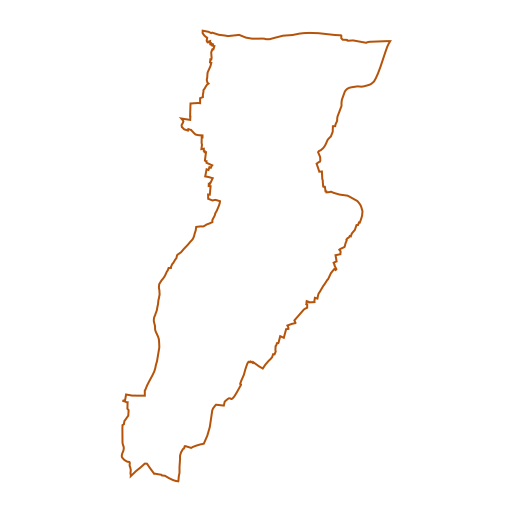 Bang Sai, Phra Nakhon Si Ayutthaya, Thailand (Robinson projection)
{"feature_id": "78962969B611560347556", "entity_name": "Bang Sai", "entity_type": "district", "adm_level": 2, "iso_a3": "THA", "parent_name": "Thailand", "parent_adm1": "Phra Nakhon Si Ayutthaya", "projection": "robinson", "projection_center": [100.288, 14.305], "detail": "fine", "context": "isolated", "style": "outline", "palette": "amber", "viewbox_px": 512, "rotation_deg": 0, "n_neighbors": 0, "source": "geoboundaries", "source_scale": "gbopen_adm2", "svg_char_len": 6007}
<svg xmlns="http://www.w3.org/2000/svg" viewBox="0 0 512 512"><path d="M126.1,394.5L125.1,400.0L123.3,400.6L123.3,401.1L124.5,401.3L127.0,402.4L127.6,402.3L127.4,408.7L128.6,410.2L128.3,415.6L124.4,421.1L123.9,424.2L122.5,425.1L122.4,428.8L122.5,442.6L122.8,444.3L123.7,447.0L123.8,448.4L123.4,450.7L122.4,453.1L122.0,454.3L121.8,455.5L121.8,456.4L121.9,457.0L122.2,457.6L123.5,459.1L124.4,460.0L127.1,461.6L127.8,461.8L129.2,461.9L129.6,462.3L129.8,463.2L129.6,465.1L129.7,465.9L130.3,467.7L130.8,470.0L130.5,472.8L130.5,473.7L130.9,474.9L130.8,476.1L136.1,471.0L140.6,467.4L144.8,463.6L147.0,463.7L149.7,467.7L154.2,473.8L154.6,473.6L155.2,473.7L160.2,474.6L161.2,474.7L161.4,474.8L162.0,475.5L164.8,475.7L169.1,478.2L173.1,480.1L175.9,481.0L178.3,481.3L178.4,481.0L178.8,476.3L179.5,472.8L179.5,466.9L180.1,458.4L180.0,457.8L180.1,455.4L181.0,452.5L181.4,451.7L182.9,449.2L183.5,448.5L183.9,448.5L184.4,447.6L184.7,446.2L185.1,446.1L186.0,446.3L191.2,447.9L192.7,447.0L196.1,445.7L200.0,444.5L203.8,443.7L207.3,435.7L209.8,427.0L212.1,411.5L212.1,410.9L213.0,408.5L214.7,406.2L216.0,404.7L223.8,405.6L224.7,401.7L225.7,400.7L228.0,398.8L229.0,398.3L229.9,398.3L231.3,399.0L231.7,399.0L232.9,398.1L234.4,396.3L236.8,392.4L241.0,384.8L241.0,384.5L240.2,384.0L240.2,383.7L241.2,380.9L243.9,374.7L245.4,369.2L246.9,364.8L247.4,363.5L248.5,361.8L249.9,362.2L250.2,361.5L250.5,361.4L252.8,362.9L253.1,362.1L259.4,366.6L262.8,368.5L265.3,364.7L268.7,360.8L270.4,359.2L272.1,357.2L273.1,354.2L274.5,354.4L275.7,351.5L275.4,350.1L275.6,346.1L276.1,345.7L277.0,343.1L278.3,343.1L278.5,342.8L280.2,336.2L283.8,337.8L286.1,329.2L288.4,328.9L288.3,327.4L287.4,325.5L291.8,323.9L295.4,323.1L295.5,322.9L294.4,320.4L303.9,309.5L304.9,308.8L307.2,307.7L307.2,304.6L306.3,304.2L306.9,302.4L306.5,302.2L306.7,301.1L309.0,302.0L309.1,302.4L314.5,302.1L314.4,301.0L314.9,297.8L315.6,298.0L317.4,298.6L318.1,295.2L318.7,293.4L319.7,292.0L323.4,285.7L324.7,284.0L327.5,279.6L328.0,279.4L331.0,273.0L334.3,269.0L334.7,269.1L335.6,270.0L336.4,269.2L334.5,265.5L334.6,265.0L333.6,262.8L334.6,262.2L336.6,261.4L335.5,255.2L340.4,254.2L340.6,251.3L339.3,249.7L339.9,249.2L340.9,248.7L344.5,247.0L345.0,245.5L345.6,243.0L346.7,240.5L346.7,240.2L346.4,239.9L346.4,239.6L347.5,238.2L348.7,237.6L349.0,237.3L349.8,236.0L350.8,236.4L351.8,233.5L354.9,229.8L356.5,225.1L358.0,225.0L359.0,222.4L359.8,222.6L360.9,219.6L361.7,217.1L362.1,215.4L362.5,211.3L361.3,207.1L360.9,206.0L360.2,204.7L359.0,203.0L357.5,201.2L356.8,200.7L348.3,196.0L347.2,195.6L339.7,194.6L333.5,192.8L331.0,191.7L330.0,192.0L326.5,192.4L326.3,191.3L325.5,191.3L324.9,186.8L324.8,186.7L323.4,186.8L323.2,186.5L322.9,183.2L322.7,180.1L322.3,179.1L321.9,171.5L319.3,171.7L317.9,167.4L316.6,163.7L318.8,162.1L320.0,161.6L320.3,160.5L320.2,157.6L319.9,156.4L318.1,152.2L318.4,151.6L318.9,151.1L320.8,150.2L323.2,148.1L323.8,147.3L325.0,145.6L326.1,143.4L327.4,140.3L327.9,139.5L329.7,137.5L330.8,136.6L332.7,131.8L332.9,126.2L333.1,126.1L335.2,126.1L335.6,124.2L336.9,121.4L337.2,120.1L337.2,118.5L337.5,116.6L341.3,106.5L341.5,105.9L341.5,102.5L341.9,99.7L344.7,91.9L345.5,90.5L346.8,89.2L347.8,88.5L349.3,87.8L350.8,87.4L357.1,86.4L358.3,86.4L361.5,86.7L363.6,86.4L367.7,85.3L370.1,84.5L371.3,83.8L373.6,81.9L374.1,81.3L375.8,78.3L378.0,73.4L380.4,67.0L385.5,51.7L387.3,46.6L388.8,43.5L390.2,41.1L387.6,41.1L369.5,41.8L367.4,42.2L366.2,42.8L353.0,40.4L348.8,40.7L347.5,40.7L347.2,40.5L347.1,40.0L346.9,39.9L342.6,39.7L341.3,38.2L341.3,35.8L341.3,35.6L340.9,35.3L334.8,35.0L318.6,33.2L309.5,32.9L304.1,33.1L299.5,33.6L292.6,35.0L283.0,35.7L275.5,37.6L269.6,39.2L266.0,39.2L264.3,38.7L263.0,38.6L252.2,38.7L245.9,37.6L239.2,34.9L227.9,36.1L224.7,35.5L218.9,34.8L212.4,32.7L212.1,32.7L211.2,33.1L208.5,31.8L202.7,30.7L202.6,32.7L202.8,33.4L204.3,35.5L206.2,37.1L207.2,37.7L206.7,40.4L206.8,41.2L207.2,41.9L207.6,42.4L208.3,42.2L208.4,41.6L210.0,41.1L209.7,42.6L210.7,42.8L210.3,44.4L210.8,44.6L211.0,43.6L213.0,44.3L212.6,45.7L214.4,46.1L213.4,49.4L212.5,49.2L212.0,50.4L211.9,50.4L211.2,52.4L211.6,58.0L211.3,59.5L210.4,59.3L210.0,62.4L211.3,62.8L210.5,66.0L207.7,72.3L207.5,73.3L207.2,77.9L206.8,79.4L206.8,80.2L207.4,82.6L208.5,83.6L207.4,84.4L206.6,85.2L204.4,88.9L203.6,89.9L203.4,90.6L203.5,91.5L202.9,94.5L202.9,97.1L200.1,98.2L200.1,103.2L198.0,103.0L190.5,103.5L190.1,116.4L190.4,116.5L190.2,119.9L181.3,118.5L182.9,120.4L183.4,121.4L182.6,123.4L181.8,124.6L181.6,125.4L181.9,127.2L182.3,127.4L184.0,129.2L184.6,129.5L186.1,129.9L187.9,130.6L188.3,129.1L190.4,129.8L191.0,129.9L191.2,130.0L191.9,130.9L194.6,133.7L195.8,134.6L198.6,135.2L202.5,135.4L202.5,137.4L201.7,137.3L201.6,142.8L202.0,144.9L201.4,149.1L203.8,148.7L203.8,150.9L204.6,151.0L204.6,152.2L206.0,152.2L204.9,160.6L205.9,161.2L206.5,161.2L206.5,162.8L212.2,165.3L211.7,165.9L210.8,167.8L209.4,167.2L208.5,170.0L206.6,169.3L205.2,176.4L208.5,177.0L212.7,178.2L210.3,183.3L209.9,183.1L209.5,184.3L208.8,184.0L208.7,186.1L210.6,186.2L209.8,194.7L208.1,194.5L208.2,198.8L212.6,200.5L214.5,200.0L215.6,199.9L220.0,201.2L219.8,202.8L219.1,205.2L218.5,206.7L216.8,210.7L215.3,213.3L214.9,215.0L214.5,216.0L212.4,219.9L212.4,222.1L209.1,223.6L206.6,224.5L204.6,225.8L203.1,226.5L200.6,226.4L196.2,226.9L195.7,230.5L194.9,232.8L194.0,236.3L193.0,238.7L192.1,239.9L190.2,241.9L187.9,244.7L183.7,249.1L181.0,252.3L177.4,254.8L177.0,255.5L176.4,258.1L175.1,259.8L173.3,262.9L172.2,264.1L171.0,266.9L171.0,267.9L169.4,268.1L168.6,268.0L167.7,270.5L166.9,271.5L165.0,275.7L163.4,278.2L161.6,280.3L159.4,283.8L159.1,284.8L158.9,287.7L159.4,290.5L159.6,294.8L159.2,296.4L159.1,297.3L158.4,300.4L158.0,304.3L157.3,307.4L157.0,309.4L156.6,311.0L155.5,313.9L155.2,315.0L154.2,317.2L153.9,318.9L153.8,320.1L153.9,321.6L155.0,326.0L155.1,329.6L155.8,331.8L156.9,334.1L158.1,336.8L158.9,339.4L159.2,343.9L159.3,347.5L157.0,361.2L155.8,365.4L155.3,368.1L154.3,371.4L152.4,375.4L149.2,381.3L147.1,385.4L145.3,389.9L144.8,390.5L144.8,395.7L132.2,395.6L126.1,394.5Z" fill="none" stroke="#b45309" stroke-width="2"/></svg>